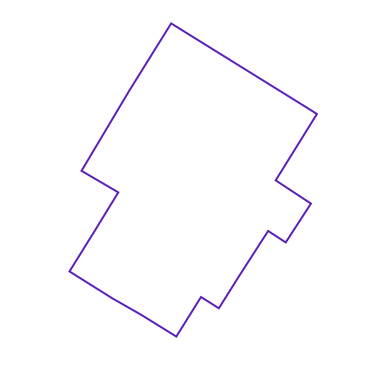 Saginaw, Michigan, United States of America, rotated 122°
{"feature_id": "52423323B53952262882470", "entity_name": "Saginaw", "entity_type": "district", "adm_level": 2, "iso_a3": "USA", "parent_name": "United States of America", "parent_adm1": "Michigan", "projection": "robinson", "projection_center": [-83.982, 43.349], "detail": "fine", "context": "isolated", "style": "outline", "palette": "violet", "viewbox_px": 384, "rotation_deg": 122, "n_neighbors": 0, "source": "geoboundaries", "source_scale": "gbopen_adm2", "svg_char_len": 389}
<svg xmlns="http://www.w3.org/2000/svg" viewBox="0 0 384 384"><g transform="rotate(122 192 192)"><path d="M232.6,296.9L231.4,254.3L277.6,253.9L324.3,253.8L324.4,203.0L323.1,170.6L322.9,128.7L276.3,128.7L276.4,107.6L237.6,107.5L184.7,106.8L185.1,85.8L138.8,85.0L137.8,127.2L59.7,127.4L59.6,135.0L60.1,299.0L138.7,298.9L232.6,296.9Z" fill="none" stroke="#5b21b6" stroke-width="2"/></g></svg>